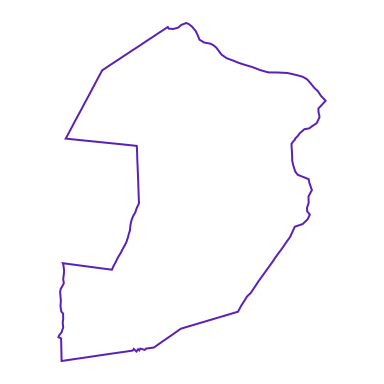 the district of Coetzala, Veracruz, Mexico
{"feature_id": "50627088B57395168555845", "entity_name": "Coetzala", "entity_type": "district", "adm_level": 2, "iso_a3": "MEX", "parent_name": "Mexico", "parent_adm1": "Veracruz", "projection": "albers", "projection_center": [-96.922, 18.775], "detail": "fine", "context": "isolated", "style": "outline", "palette": "violet", "viewbox_px": 384, "rotation_deg": 0, "n_neighbors": 0, "source": "geoboundaries", "source_scale": "gbopen_adm2", "svg_char_len": 2888}
<svg xmlns="http://www.w3.org/2000/svg" viewBox="0 0 384 384"><path d="M167.8,27.0L163.1,30.1L156.4,34.5L150.7,38.3L147.4,40.4L141.2,44.6L138.0,46.7L132.8,50.1L132.7,50.1L129.3,52.4L126.3,54.4L125.1,55.1L120.5,58.2L117.8,60.0L112.0,63.8L107.0,67.1L106.2,67.7L102.2,70.3L96.4,81.1L95.3,83.2L90.2,92.8L88.4,96.2L85.7,101.2L83.8,104.7L82.0,108.2L78.7,114.3L74.9,121.3L73.9,123.2L72.3,126.3L68.1,134.2L65.7,138.6L84.0,140.5L100.0,142.1L123.7,144.5L136.8,145.9L136.9,147.9L137.0,150.3L137.1,152.6L137.2,156.3L137.3,159.8L137.5,163.8L137.6,166.7L137.9,173.9L138.2,181.2L138.4,187.6L138.5,190.9L139.0,203.3L136.7,208.1L135.8,210.8L135.4,212.2L132.9,216.5L131.4,220.6L130.9,222.7L130.4,225.4L129.9,230.6L128.8,233.8L128.0,237.3L127.0,240.1L126.7,241.2L126.2,242.6L123.2,248.1L122.2,250.0L120.6,253.2L118.1,257.1L115.6,262.2L114.5,264.3L113.4,266.3L111.9,269.7L102.7,268.5L62.8,263.2L63.4,264.7L63.4,265.0L64.1,270.8L63.8,274.7L63.7,275.2L63.2,278.8L63.8,283.4L61.0,288.5L60.7,288.9L60.1,292.3L60.3,294.4L60.7,299.0L60.9,300.4L60.6,304.4L60.5,305.7L60.7,307.8L61.2,311.2L61.9,312.3L63.1,313.6L63.1,314.7L63.1,314.9L63.2,319.0L62.7,322.5L63.2,327.7L63.1,328.0L62.5,329.4L62.2,330.3L61.6,332.3L60.4,333.8L59.2,335.3L58.4,337.1L61.1,338.4L61.6,361.0L74.9,359.0L84.2,357.7L90.0,356.8L94.1,356.2L106.2,354.4L114.0,353.3L118.8,352.6L120.8,352.3L123.2,352.0L132.6,350.6L132.8,350.3L133.8,348.9L136.4,351.5L138.1,349.2L139.2,350.4L140.4,348.6L140.8,348.7L141.1,348.8L144.8,349.9L146.0,348.6L153.9,347.5L162.0,341.8L164.9,339.8L171.6,335.2L177.0,331.4L180.9,328.7L190.9,325.7L201.0,322.7L215.8,318.3L238.0,311.7L241.4,305.4L244.7,300.3L247.0,296.5L250.7,293.0L252.7,290.0L254.8,286.9L258.4,281.4L263.6,274.2L269.6,265.9L273.1,261.0L275.1,257.9L276.7,255.7L279.4,252.0L281.6,249.1L281.9,248.6L284.3,245.2L286.6,241.8L290.1,237.0L290.5,236.1L294.2,228.0L294.8,226.7L300.8,224.7L302.7,224.0L306.9,220.0L307.7,219.2L309.8,214.6L307.2,211.4L307.0,207.8L308.7,202.8L308.6,201.1L308.5,196.4L311.3,191.1L311.9,190.1L310.3,185.5L309.4,183.1L308.7,179.2L297.7,174.8L295.2,171.5L293.5,166.1L292.2,160.8L292.1,155.7L291.9,150.6L291.6,147.1L291.5,143.8L293.8,140.7L294.7,140.0L295.2,138.6L298.1,135.6L299.6,133.4L304.4,129.2L309.4,128.3L311.5,126.6L314.4,124.7L316.7,123.1L316.9,122.8L319.5,117.2L319.1,114.5L318.8,113.7L318.4,111.1L318.5,108.4L321.6,105.1L325.6,100.8L323.9,98.9L320.9,95.8L317.9,91.2L314.5,88.1L310.7,83.4L307.3,79.5L302.8,76.8L297.1,75.2L292.8,74.2L287.4,73.0L283.8,72.8L277.5,72.5L268.3,72.4L262.7,70.8L259.9,70.0L256.9,68.8L252.7,67.2L250.8,66.6L244.7,64.8L242.8,64.2L238.6,62.8L236.9,62.1L232.9,60.5L226.4,58.1L225.5,57.4L221.5,54.6L218.9,51.1L216.6,48.0L214.0,45.6L210.5,43.7L204.1,42.5L199.5,39.7L197.6,35.1L195.8,31.2L192.0,26.6L190.3,25.3L189.0,24.2L186.3,23.0L184.5,23.7L181.3,24.9L179.9,26.1L178.2,27.6L173.2,29.0L168.7,28.6L167.8,27.0Z" fill="none" stroke="#5b21b6" stroke-width="2"/></svg>